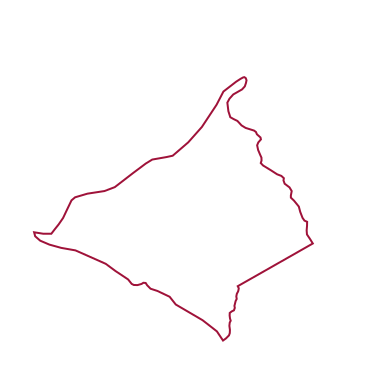 outline of Baltasar Brum, Artigas, Uruguay, rotated 292°
{"feature_id": "84410073B74350998718142", "entity_name": "Baltasar Brum", "entity_type": "district", "adm_level": 2, "iso_a3": "URY", "parent_name": "Uruguay", "parent_adm1": "Artigas", "projection": "natural_earth1", "projection_center": [-57.383, -30.74], "detail": "fine", "context": "isolated", "style": "outline", "palette": "rose", "viewbox_px": 384, "rotation_deg": 292, "n_neighbors": 0, "source": "geoboundaries", "source_scale": "gbopen_adm2", "svg_char_len": 1554}
<svg xmlns="http://www.w3.org/2000/svg" viewBox="0 0 384 384"><g transform="rotate(292 192 192)"><path d="M95.5,60.7L92.2,63.2L90.0,69.5L89.8,79.5L91.2,91.7L94.2,105.8L93.1,138.9L90.0,150.9L87.0,165.5L84.2,170.5L84.0,172.9L85.3,176.4L87.9,179.7L89.6,180.9L90.3,183.1L88.7,185.4L86.8,189.8L87.3,197.0L86.5,210.5L81.6,219.1L77.1,249.8L72.1,267.3L65.9,276.4L68.9,278.3L72.9,280.0L75.3,279.9L78.4,278.8L81.9,276.8L85.1,275.9L87.1,276.1L89.0,274.6L91.5,273.2L94.0,272.3L96.1,273.5L98.0,275.2L100.6,275.1L102.3,274.0L104.5,273.7L107.2,273.3L109.6,273.5L111.8,272.2L114.4,271.7L117.1,272.0L118.6,271.8L120.3,271.4L121.8,269.7L189.5,323.3L192.3,319.5L195.7,314.5L199.3,312.7L203.8,311.3L207.5,309.9L207.6,307.0L209.4,304.2L214.1,299.8L218.5,296.5L222.2,289.8L223.8,285.8L225.7,285.0L230.2,284.1L232.8,280.7L234.4,274.8L237.0,272.5L239.2,272.0L240.4,268.8L240.3,264.3L241.7,257.0L243.2,248.0L244.6,244.9L247.2,244.7L249.9,243.5L251.8,241.5L255.7,237.6L259.7,234.9L262.8,234.9L266.6,236.2L268.2,235.1L269.8,230.6L271.6,228.8L272.2,226.5L271.5,217.7L272.3,213.0L274.9,207.5L275.2,203.3L275.7,199.5L280.5,195.5L288.1,191.3L292.6,191.8L297.9,193.7L305.9,200.0L309.7,201.4L313.2,201.2L316.0,200.7L317.7,199.2L318.1,197.6L317.5,196.6L315.2,194.7L310.8,191.6L302.9,187.0L296.9,183.5L282.1,182.1L256.0,176.8L236.6,169.9L218.4,160.5L214.8,155.2L207.2,143.0L201.1,138.5L187.4,130.2L167.6,118.6L160.1,110.5L151.3,95.7L143.3,85.6L139.1,83.4L128.1,82.7L119.6,82.2L112.0,80.5L106.3,78.8L100.6,77.2L97.6,69.8L95.5,60.7Z" fill="none" stroke="#9f1239" stroke-width="2"/></g></svg>